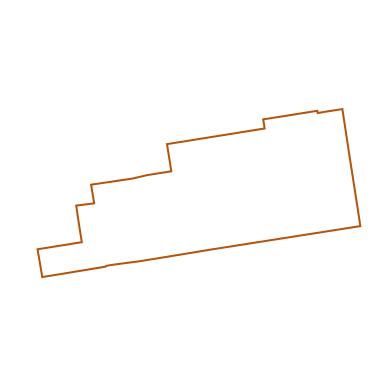 the district of Rio Blanco, Colorado, United States of America, rotated 171°
{"feature_id": "52423323B42221666108365", "entity_name": "Rio Blanco", "entity_type": "district", "adm_level": 2, "iso_a3": "USA", "parent_name": "United States of America", "parent_adm1": "Colorado", "projection": "equal_earth", "projection_center": [-108.132, 39.938], "detail": "fine", "context": "isolated", "style": "outline", "palette": "amber", "viewbox_px": 384, "rotation_deg": 171, "n_neighbors": 0, "source": "geoboundaries", "source_scale": "gbopen_adm2", "svg_char_len": 470}
<svg xmlns="http://www.w3.org/2000/svg" viewBox="0 0 384 384"><g transform="rotate(171 192 192)"><path d="M31.1,132.0L31.0,140.8L30.9,166.3L30.8,205.2L30.5,250.4L55.5,250.4L55.5,252.6L110.3,252.6L110.3,243.4L209.2,243.2L209.2,215.7L233.5,215.7L248.4,214.6L290.5,215.0L290.4,196.1L308.5,196.7L308.7,178.0L308.7,159.7L353.5,159.6L353.2,131.4L289.0,131.8L288.3,132.5L280.0,132.5L254.6,131.8L181.1,132.2L31.1,132.0Z" fill="none" stroke="#b45309" stroke-width="2"/></g></svg>